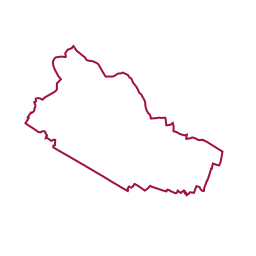 Rosiori, Bihor, Romania, rotated 19°
{"feature_id": "2599482B96012513693118", "entity_name": "Rosiori", "entity_type": "district", "adm_level": 2, "iso_a3": "ROU", "parent_name": "Romania", "parent_adm1": "Bihor", "projection": "orthographic", "projection_center": [21.943, 47.265], "detail": "fine", "context": "isolated", "style": "outline", "palette": "rose", "viewbox_px": 256, "rotation_deg": 19, "n_neighbors": 0, "source": "geoboundaries", "source_scale": "gbopen_adm2", "svg_char_len": 5245}
<svg xmlns="http://www.w3.org/2000/svg" viewBox="0 0 256 256"><g transform="rotate(19 128 128)"><path d="M145.7,187.2L147.0,187.5L148.3,187.7L148.3,187.4L148.2,187.2L148.3,186.7L147.9,186.6L147.5,186.5L147.5,186.0L147.6,184.8L147.6,184.1L147.7,183.8L147.9,183.2L148.1,182.9L149.8,183.4L150.5,183.4L151.2,182.1L151.3,181.8L151.7,181.7L152.3,178.8L152.7,178.8L155.9,179.3L159.1,180.2L159.8,180.4L164.3,181.7L166.7,178.2L167.7,175.5L169.5,175.8L180.7,175.7L185.0,175.5L185.1,175.4L184.9,174.6L185.0,173.9L185.5,173.4L186.6,173.4L187.2,173.4L189.2,173.9L191.5,174.0L193.4,174.2L194.2,174.2L194.9,173.6L195.3,173.3L195.4,171.0L196.0,171.2L197.5,171.8L198.8,172.3L199.2,172.1L199.5,171.8L199.5,171.7L199.5,171.2L199.9,170.7L200.5,169.9L200.7,169.5L200.9,169.1L201.1,168.9L201.6,168.8L201.9,168.9L202.1,169.2L202.0,169.5L201.9,170.0L202.4,170.2L202.6,170.7L202.8,170.9L202.9,170.6L203.2,170.3L203.9,170.2L204.2,170.4L204.4,170.7L204.5,171.1L204.5,171.5L204.7,171.9L205.3,172.5L205.6,172.0L206.0,171.5L206.3,171.0L206.7,170.6L207.0,170.3L207.1,169.8L207.3,169.1L207.6,168.5L207.9,168.4L208.5,168.4L209.6,168.2L211.5,167.8L211.5,163.9L211.7,160.7L214.9,160.6L216.6,162.2L217.8,162.9L219.1,163.2L220.3,162.7L219.6,160.0L219.7,153.9L219.8,152.2L220.1,152.2L220.1,151.8L220.2,148.7L219.9,139.2L220.5,139.1L220.1,136.4L219.9,134.9L219.8,134.0L221.4,134.0L222.1,134.0L222.9,134.0L224.3,133.9L225.3,133.8L226.4,133.7L226.6,130.1L226.2,127.2L226.1,126.1L225.0,119.5L223.5,119.2L210.0,116.1L207.6,115.5L202.9,114.9L202.9,115.2L201.2,115.3L200.3,115.9L199.5,116.2L199.1,116.4L198.0,116.5L197.1,116.2L196.4,116.1L195.7,115.9L195.0,115.9L194.4,115.9L193.2,115.8L192.9,115.8L192.4,116.0L191.7,116.2L191.5,116.4L191.3,116.5L191.1,116.7L191.1,116.8L189.8,117.7L189.5,117.9L188.9,118.1L188.5,118.4L187.4,119.0L186.6,119.2L186.4,119.2L185.9,115.7L185.8,115.1L185.0,115.7L184.6,116.0L184.1,116.4L183.8,116.4L183.3,116.5L182.2,116.6L181.1,116.7L180.9,116.7L180.7,116.8L179.8,116.8L179.1,116.7L178.7,116.7L178.4,116.7L177.6,116.5L176.9,116.4L176.4,116.2L176.1,116.2L175.9,116.2L175.7,116.1L175.3,116.1L174.5,116.1L174.0,116.1L173.4,116.1L172.1,116.3L172.0,116.2L171.9,116.0L170.9,112.4L170.5,111.6L170.1,110.8L169.5,110.0L169.3,109.8L169.0,109.3L168.7,108.7L167.3,110.9L166.0,111.6L164.8,112.3L164.3,112.6L164.0,112.7L163.5,113.0L163.4,113.0L162.4,110.9L161.8,109.7L161.5,109.0L160.5,107.1L159.9,106.2L157.8,107.0L157.6,107.1L156.2,107.6L155.5,107.8L153.9,108.2L153.5,108.3L151.7,109.4L150.0,110.1L147.7,111.1L147.3,111.4L146.9,111.4L146.4,111.5L145.8,110.0L145.6,109.8L144.1,108.1L142.1,107.2L140.2,105.7L139.4,104.6L138.0,102.6L137.3,101.5L137.1,101.2L136.2,98.8L135.6,97.9L135.3,97.4L134.7,96.6L133.6,95.6L133.4,95.4L132.9,94.9L132.2,94.3L131.8,94.0L131.0,93.3L130.3,92.5L129.6,92.0L128.5,91.5L126.9,90.9L125.9,89.5L124.0,87.7L122.4,86.2L120.0,84.7L117.9,83.4L116.3,81.5L115.0,80.2L112.9,79.7L110.6,77.9L107.8,77.6L104.9,77.3L104.6,77.6L104.2,78.1L103.8,78.5L103.4,78.7L102.3,79.2L100.9,79.7L100.5,80.1L100.0,80.8L98.7,82.6L97.5,83.8L96.7,84.3L94.6,85.1L91.7,86.1L90.7,86.5L90.1,86.6L89.8,86.4L89.4,86.2L88.6,85.5L86.8,84.0L84.9,82.4L83.3,80.9L82.0,79.8L81.1,79.0L80.3,78.2L79.6,77.7L79.0,77.3L78.1,77.0L76.3,76.6L73.9,76.4L72.8,76.4L72.5,76.4L72.1,76.5L70.8,76.8L69.3,77.1L68.2,77.3L67.5,77.2L66.9,77.1L65.9,76.7L65.6,76.5L64.6,75.5L64.2,75.2L63.9,75.1L63.7,75.0L62.5,74.6L60.3,73.9L59.1,73.4L56.3,72.4L54.4,71.7L53.4,71.1L52.8,70.6L50.4,68.8L49.7,68.3L49.4,69.0L49.1,69.9L48.8,70.5L48.6,70.8L48.7,71.0L46.7,72.7L46.5,72.8L46.1,73.0L45.7,73.3L45.5,73.6L45.5,73.8L45.3,74.3L45.1,75.0L45.0,75.4L44.4,77.6L44.3,77.9L46.0,80.7L45.5,81.5L43.5,81.7L42.2,82.1L41.0,82.5L40.2,82.9L38.6,83.8L37.5,84.3L36.9,84.7L36.3,85.3L35.8,86.6L35.6,87.7L35.5,88.9L35.5,89.6L35.7,90.7L36.2,91.7L37.0,93.1L38.0,94.5L39.7,96.5L41.5,98.2L43.3,99.8L45.0,101.5L47.5,103.0L48.7,103.8L46.5,108.6L46.2,108.9L48.0,114.0L48.2,115.0L47.4,116.8L46.6,118.0L45.1,119.7L43.4,121.6L42.8,122.4L39.6,125.9L39.1,126.9L37.9,129.1L36.7,128.8L36.1,128.9L35.4,128.7L34.9,128.7L34.3,128.8L34.1,128.8L33.7,128.8L33.3,128.9L32.1,129.7L31.2,130.3L31.3,130.7L32.3,132.8L30.9,134.1L32.4,135.7L33.0,136.6L33.3,137.8L33.3,139.5L33.2,140.6L33.4,141.0L33.6,141.3L33.5,142.7L33.0,143.9L32.7,144.3L31.9,145.2L31.2,145.0L29.9,149.7L29.7,150.5L30.9,150.8L30.6,152.1L30.4,152.4L30.3,152.9L30.3,153.5L29.5,156.5L29.4,156.8L31.4,157.5L32.4,157.8L33.5,158.0L34.6,158.3L34.8,158.4L36.4,158.7L39.7,159.6L39.9,159.7L40.8,159.9L41.1,160.0L44.3,160.9L44.6,160.9L45.1,160.9L46.2,160.7L47.0,160.5L47.4,159.6L47.7,159.3L48.4,158.8L48.9,158.6L49.4,158.6L49.7,158.4L49.8,158.3L50.3,158.4L50.8,158.7L51.3,159.1L51.7,159.5L51.9,160.0L52.5,160.3L53.0,161.0L53.8,161.3L54.0,161.7L53.9,162.0L53.6,162.5L53.4,162.8L53.4,163.2L53.5,163.7L53.5,164.4L53.9,164.1L54.3,163.9L54.8,163.8L55.5,163.9L56.4,164.2L57.0,164.3L57.7,164.6L58.3,164.7L59.0,165.0L59.4,165.1L60.0,164.9L60.4,164.5L60.8,164.0L61.2,163.5L61.8,163.2L62.9,162.9L63.1,162.9L64.5,168.1L63.1,169.0L63.6,170.6L68.3,171.6L76.1,173.1L80.5,173.9L85.4,174.9L89.0,175.6L95.0,176.8L99.0,177.5L101.5,178.1L112.9,180.4L119.0,181.6L125.8,183.1L128.7,183.8L132.5,184.6L135.0,185.0L135.7,185.2L136.4,185.3L139.5,186.0L143.9,186.9L145.7,187.2Z" fill="none" stroke="#9f1239" stroke-width="2"/></g></svg>